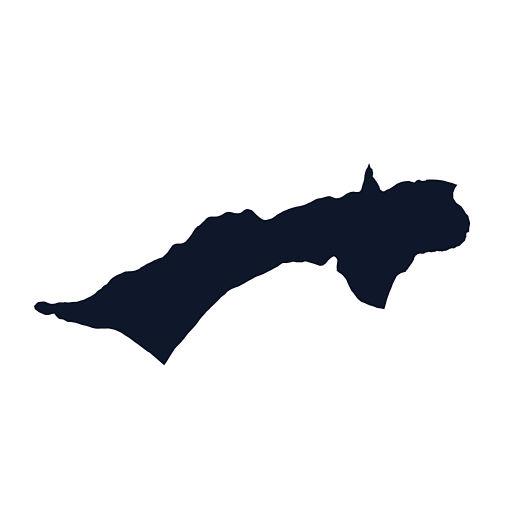 the district of Luangprabang, Louangphrabang, Laos, rotated 19°
{"feature_id": "54806243B7800047317547", "entity_name": "Luangprabang", "entity_type": "district", "adm_level": 2, "iso_a3": "LAO", "parent_name": "Laos", "parent_adm1": "Louangphrabang", "projection": "robinson", "projection_center": [102.099, 19.82], "detail": "fine", "context": "isolated", "style": "filled", "palette": "ink", "viewbox_px": 512, "rotation_deg": 19, "n_neighbors": 0, "source": "geoboundaries", "source_scale": "gbopen_adm2", "svg_char_len": 6130}
<svg xmlns="http://www.w3.org/2000/svg" viewBox="0 0 512 512"><g transform="rotate(19 256 256)"><path d="M63.3,375.5L64.6,377.6L69.3,379.1L75.7,379.6L78.9,378.5L81.7,376.5L84.0,375.2L87.2,377.4L90.3,378.8L94.6,378.0L99.0,378.9L102.4,377.9L104.5,377.6L107.1,377.1L110.3,377.0L113.9,377.1L118.4,376.5L120.0,376.5L124.5,376.5L128.0,376.1L130.8,375.2L132.9,374.3L134.7,373.7L136.0,373.3L139.9,371.8L142.7,371.4L146.6,371.0L150.1,371.3L153.3,371.6L155.1,372.0L158.0,372.9L161.5,373.6L163.0,374.0L165.6,374.8L170.3,376.4L172.6,377.0L177.9,378.7L184.5,380.9L187.4,381.4L204.3,388.2L205.0,385.8L206.7,378.3L207.3,375.6L208.2,372.3L208.6,370.1L210.5,365.8L211.9,363.1L214.0,357.9L215.0,355.0L216.0,351.8L219.2,344.5L220.8,340.8L221.9,337.5L222.4,335.4L224.0,330.8L225.2,328.3L226.8,324.1L228.6,320.9L229.3,319.1L231.7,314.6L234.2,309.5L235.9,305.7L238.6,301.8L239.9,298.5L242.7,295.1L245.3,292.7L248.9,289.9L253.1,285.4L256.2,281.7L259.5,278.2L261.5,275.9L263.3,274.2L266.4,271.8L269.0,269.4L271.8,266.4L274.5,263.7L276.7,261.2L279.5,258.3L280.9,256.1L283.2,253.2L286.9,252.0L290.4,250.1L292.4,248.6L293.8,248.3L296.0,248.1L301.9,246.0L303.2,244.7L305.5,244.0L308.4,244.0L312.8,243.7L316.1,243.7L319.4,243.8L321.9,242.5L323.8,239.8L324.3,238.3L325.0,236.4L326.0,234.4L327.1,232.7L327.8,231.7L328.8,230.6L330.1,230.1L331.9,230.5L334.3,232.0L335.2,233.7L335.8,236.6L336.3,239.3L337.8,243.1L340.3,244.0L342.4,244.4L344.8,245.4L347.7,247.1L349.8,248.7L351.4,250.5L353.2,252.5L355.7,255.0L357.8,257.1L360.6,258.7L365.9,262.4L367.8,263.3L370.4,264.3L374.1,264.4L379.2,264.9L382.9,264.7L383.8,264.7L387.2,264.9L390.6,264.3L393.9,263.8L393.8,263.1L393.6,258.4L393.3,255.7L393.2,252.1L393.3,248.8L393.3,246.1L393.7,242.2L393.7,237.7L394.8,229.3L395.0,229.0L395.0,228.8L396.2,226.8L398.2,224.3L400.8,222.5L401.8,221.9L402.4,219.7L403.2,218.5L403.2,217.5L404.0,215.0L405.1,211.4L405.7,208.4L405.5,206.1L406.2,203.1L407.1,202.1L407.3,201.2L408.6,200.5L409.7,199.6L411.2,199.3L413.5,198.6L415.2,196.5L416.7,195.9L417.8,194.9L418.7,194.9L420.1,194.8L421.1,194.3L421.7,193.7L423.5,193.2L423.8,192.4L426.0,191.2L427.3,191.2L428.8,190.6L430.2,190.5L430.6,189.9L431.6,189.5L432.1,188.9L433.2,188.8L434.5,187.6L436.4,185.6L438.2,184.2L440.0,183.8L441.2,182.8L441.4,181.8L442.7,181.0L444.6,179.5L447.8,173.2L447.8,171.9L447.5,170.7L447.9,169.3L447.3,168.2L446.9,166.4L446.7,164.8L448.0,164.3L448.7,163.5L448.5,162.7L447.8,160.4L447.3,156.9L446.9,155.2L444.8,152.2L443.1,149.5L440.3,148.2L437.1,145.4L433.6,142.9L427.7,141.2L423.1,137.6L421.1,132.1L421.3,126.9L422.2,123.9L420.4,124.0L417.8,123.8L415.3,124.1L411.9,124.3L409.1,124.4L407.3,124.7L403.8,125.4L400.4,126.3L396.8,127.4L394.8,128.2L393.0,128.8L392.4,130.0L389.0,131.7L387.5,131.8L385.5,131.5L383.9,132.7L382.4,135.7L380.9,135.9L376.3,136.0L372.2,137.8L369.4,139.6L366.4,142.2L364.1,145.4L360.8,149.7L358.5,151.4L356.8,153.6L354.7,154.5L351.1,153.2L349.4,150.6L346.6,148.1L342.2,144.8L339.7,143.5L339.1,139.8L337.1,136.5L335.3,136.1L333.4,133.5L333.4,135.7L332.6,139.1L333.0,143.9L334.3,149.2L334.1,150.0L334.3,150.9L334.2,152.4L334.4,155.2L334.5,156.8L334.6,157.9L334.6,158.7L334.4,159.8L334.1,160.8L333.7,161.7L333.1,162.3L331.9,162.9L330.2,163.6L327.2,164.2L324.8,165.5L322.6,167.4L321.3,168.9L319.8,171.1L318.3,172.8L316.5,174.5L313.9,175.8L312.9,176.2L311.8,176.2L310.1,176.3L308.3,176.1L307.1,176.1L305.9,176.3L304.7,176.9L302.7,178.2L300.5,179.8L299.6,180.4L298.3,181.2L296.5,182.0L295.1,183.0L294.2,183.9L292.4,185.9L290.2,188.3L288.8,189.4L287.5,190.8L285.4,192.7L281.0,195.6L279.2,196.5L274.8,199.4L270.9,202.5L270.2,203.3L268.5,204.6L267.0,206.2L265.7,207.7L264.4,209.0L263.2,210.3L261.8,212.6L261.0,213.6L260.2,214.8L259.3,215.9L258.3,216.6L257.4,217.2L256.2,218.0L255.3,218.7L253.9,219.5L252.5,219.9L251.4,220.1L250.1,220.0L248.8,219.8L247.6,219.3L246.6,219.1L244.0,218.1L241.7,217.1L239.0,215.7L237.4,214.9L236.1,214.8L233.7,214.9L232.6,215.2L231.7,215.7L230.8,216.6L229.9,217.8L228.9,219.5L227.7,220.9L226.3,221.8L225.0,222.3L223.3,222.8L221.8,223.2L219.9,223.2L217.0,223.6L215.6,224.1L214.9,224.4L214.0,225.0L213.4,225.5L212.4,226.7L211.2,228.2L210.3,229.2L209.4,230.0L208.7,230.6L207.7,231.4L205.7,232.4L203.9,233.1L201.8,233.7L200.9,234.1L199.9,234.6L198.8,235.4L198.1,236.3L197.4,237.3L196.6,239.4L196.1,240.3L195.3,241.7L194.7,243.0L193.0,246.2L192.1,247.0L191.4,247.6L191.1,248.7L190.5,249.8L190.1,250.7L189.9,251.5L189.2,254.4L189.1,255.3L188.8,256.4L188.2,258.5L187.4,260.9L186.6,262.9L186.2,263.6L185.8,265.0L185.1,266.2L184.1,267.2L183.3,268.0L181.9,269.1L180.0,269.9L178.2,270.4L177.4,270.9L176.3,271.3L175.7,271.8L175.2,272.4L174.5,273.0L174.2,273.7L174.0,274.3L173.7,275.1L171.9,281.7L169.7,286.0L169.4,286.6L169.2,287.2L168.6,288.1L167.9,288.7L166.5,289.8L165.3,290.5L164.9,291.0L164.3,291.5L163.4,292.4L162.6,293.0L162.1,293.4L161.6,293.9L161.0,294.5L160.6,295.1L158.9,296.7L157.4,298.3L156.3,299.1L155.7,299.8L155.1,300.6L154.7,301.2L154.3,301.7L153.8,302.2L153.0,303.2L152.2,303.9L151.4,304.6L151.0,305.7L150.3,306.7L148.9,308.0L147.2,309.5L145.8,310.4L144.6,311.1L143.2,311.7L141.4,312.4L139.5,313.2L138.5,313.6L137.6,314.1L137.0,314.6L136.7,315.0L135.7,315.8L135.0,316.6L134.4,317.2L133.6,317.9L133.0,318.3L132.4,318.9L131.8,319.4L131.4,320.0L130.8,320.3L130.2,321.1L129.8,321.7L129.1,322.5L128.5,323.2L127.9,324.0L127.6,324.6L126.5,326.5L126.1,328.3L125.4,329.9L125.1,331.0L124.4,332.1L123.3,333.2L122.6,334.0L122.0,334.9L121.3,336.4L121.2,337.1L120.8,337.8L120.3,338.5L119.8,339.1L119.2,339.7L118.5,340.5L118.0,341.5L117.6,342.4L116.8,344.0L115.7,345.8L114.8,346.8L114.0,347.7L113.6,348.3L113.1,348.9L112.6,349.2L112.1,349.7L111.7,350.1L109.5,352.4L108.7,353.2L107.9,354.0L107.0,354.7L106.2,355.2L105.5,355.6L105.0,355.9L104.5,356.4L103.8,356.9L102.6,357.8L101.8,358.3L100.9,358.7L99.9,359.1L98.5,359.6L97.8,359.9L96.9,360.3L95.5,361.1L94.3,361.6L92.7,362.1L92.0,362.3L91.5,362.4L91.0,362.4L90.3,362.7L89.9,363.0L89.0,363.5L86.7,364.1L85.1,364.7L83.6,365.7L81.8,367.2L79.9,367.9L78.7,369.0L78.3,368.6L76.5,368.9L73.8,368.8L72.4,368.7L70.8,368.7L68.3,369.7L65.7,371.0L64.7,372.1L64.0,374.0L63.3,375.5Z" fill="#0f172a" stroke="#020617" stroke-width="1.5"/></g></svg>